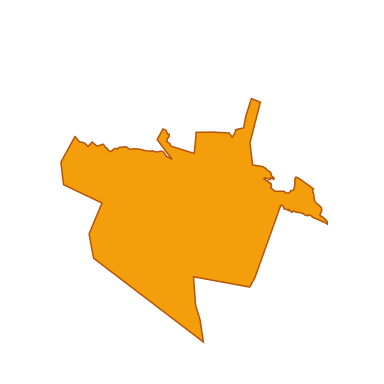 San Antonio Nanahuatípam, Oaxaca, Mexico (Equal Earth projection), rotated 308°
{"feature_id": "50627088B61531802941312", "entity_name": "San Antonio Nanahuatípam", "entity_type": "district", "adm_level": 2, "iso_a3": "MEX", "parent_name": "Mexico", "parent_adm1": "Oaxaca", "projection": "equal_earth", "projection_center": [-97.129, 18.149], "detail": "fine", "context": "isolated", "style": "filled", "palette": "amber", "viewbox_px": 384, "rotation_deg": 308, "n_neighbors": 0, "source": "geoboundaries", "source_scale": "gbopen_adm2", "svg_char_len": 3122}
<svg xmlns="http://www.w3.org/2000/svg" viewBox="0 0 384 384"><g transform="rotate(308 192 192)"><path d="M304.8,190.6L302.2,181.3L296.5,183.4L284.7,187.8L274.3,193.2L273.7,192.8L273.6,192.7L270.9,190.4L268.0,188.1L264.6,189.6L263.2,189.7L259.9,189.9L261.4,185.1L261.2,184.8L259.2,182.0L258.1,180.3L256.4,177.8L255.0,175.9L254.7,175.4L253.3,173.4L252.5,172.2L249.8,168.8L241.6,158.5L233.9,163.6L228.3,167.2L223.8,169.9L223.7,169.9L215.2,147.3L215.2,147.2L215.3,146.9L216.6,144.3L216.1,141.1L218.7,139.8L219.6,139.8L221.4,139.8L222.9,138.9L223.5,138.5L222.7,136.6L223.6,135.4L223.7,135.2L223.8,135.0L224.6,133.8L224.2,131.9L223.8,130.3L222.7,130.5L221.5,130.7L218.8,131.1L218.5,131.2L212.2,132.2L211.8,132.3L211.7,132.6L211.3,134.1L210.5,137.2L210.2,138.3L210.0,139.0L207.1,149.9L207.1,150.0L205.5,156.2L204.4,150.0L205.2,147.3L206.1,145.1L205.2,142.4L202.4,140.3L201.9,139.5L200.6,137.4L200.2,135.3L199.9,135.2L199.0,134.9L195.8,129.6L193.4,124.1L190.9,120.3L187.3,116.7L187.3,114.9L187.1,112.3L184.8,109.8L182.0,106.9L179.8,106.6L178.8,104.2L176.2,103.7L174.2,103.6L173.3,100.5L173.9,99.2L173.9,96.1L174.7,94.0L174.8,93.6L175.0,92.6L169.6,88.9L169.9,82.5L166.6,82.4L163.9,82.0L164.4,77.0L163.2,74.0L162.2,72.9L163.6,65.7L162.9,65.8L134.8,70.3L124.4,80.6L118.7,86.3L120.4,94.1L120.5,94.5L127.9,127.9L126.5,128.3L119.2,130.2L95.6,136.7L82.0,152.0L79.9,154.6L79.2,155.6L80.8,293.3L95.9,277.4L105.3,264.2L126.1,245.4L152.6,296.0L163.2,294.3L165.3,293.6L169.9,292.1L236.0,270.2L237.1,271.9L237.1,272.7L235.3,275.1L236.3,276.3L236.8,279.3L237.6,278.9L238.0,280.4L237.4,281.6L237.4,282.5L237.7,283.4L238.9,283.2L239.7,284.1L240.1,286.2L241.3,288.4L242.4,290.0L243.4,293.3L243.3,294.6L244.4,297.8L246.2,298.4L246.5,301.7L246.4,303.7L247.0,305.2L247.3,306.2L249.3,314.1L249.8,315.2L250.0,318.3L251.7,317.1L252.5,314.5L252.6,312.6L252.7,311.8L252.8,311.0L252.5,308.9L252.2,307.6L252.7,306.9L254.1,306.4L255.1,306.5L256.2,306.0L258.0,305.1L259.2,303.6L259.2,303.2L259.6,301.6L259.7,300.7L259.8,300.4L259.7,299.1L259.8,296.5L259.9,295.3L261.2,293.3L265.2,289.2L266.1,287.7L267.8,286.0L269.3,285.8L268.7,270.0L268.6,269.5L268.3,266.3L267.5,264.2L267.5,264.3L264.0,266.1L262.9,267.0L262.0,268.0L259.6,269.2L256.2,270.9L255.2,270.2L253.9,269.0L251.1,269.1L250.5,268.7L249.0,266.3L249.4,264.2L246.7,260.9L244.0,257.2L243.6,257.0L243.9,251.1L245.6,250.9L245.9,250.6L246.2,250.3L247.2,249.4L247.0,247.1L246.7,246.6L247.6,245.6L246.7,243.2L246.6,240.6L247.8,240.5L250.1,246.0L251.4,245.3L252.0,246.6L252.2,248.5L253.3,248.5L253.9,244.2L255.3,242.8L255.9,241.3L255.7,239.7L255.5,238.4L255.6,237.0L256.0,235.8L255.4,231.8L250.6,223.1L253.4,220.4L255.1,218.6L255.3,218.4L256.3,217.5L256.9,216.8L257.8,216.0L258.7,215.0L259.7,214.0L260.8,212.9L261.9,211.8L263.8,210.0L265.6,208.1L266.3,207.5L269.5,206.0L270.2,205.8L271.4,205.2L272.8,204.6L274.0,204.1L275.2,203.7L276.7,202.9L278.4,202.1L280.8,201.1L283.3,200.0L286.6,198.5L287.7,198.1L288.8,197.6L289.8,197.2L290.8,196.7L291.9,196.2L292.9,195.8L293.9,195.3L295.0,194.9L299.3,193.0L301.5,192.0L302.6,191.5L303.7,191.0L304.8,190.6Z" fill="#f59e0b" stroke="#b45309" stroke-width="1.5"/></g></svg>